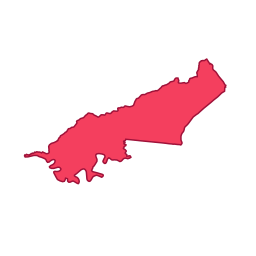 The Hills, New South Wales, Australia (Equal Earth projection), rotated 249°
{"feature_id": "25037944B61801605957585", "entity_name": "The Hills", "entity_type": "district", "adm_level": 2, "iso_a3": "AUS", "parent_name": "Australia", "parent_adm1": "New South Wales", "projection": "equal_earth", "projection_center": [150.977, -33.576], "detail": "fine", "context": "isolated", "style": "filled", "palette": "rose", "viewbox_px": 256, "rotation_deg": 249, "n_neighbors": 0, "source": "geoboundaries", "source_scale": "gbopen_adm2", "svg_char_len": 5806}
<svg xmlns="http://www.w3.org/2000/svg" viewBox="0 0 256 256"><g transform="rotate(249 128 128)"><path d="M127.7,231.3L131.4,233.0L131.2,233.8L132.3,234.1L132.8,234.6L133.5,234.0L137.1,233.5L143.8,231.2L148.5,230.2L149.6,229.7L151.3,228.7L152.0,228.4L152.8,228.4L153.5,228.5L155.5,229.4L156.1,229.4L156.7,229.3L157.4,229.0L158.3,228.1L158.5,228.1L158.4,227.4L164.1,226.2L164.0,225.1L163.6,223.8L163.6,223.5L163.7,223.0L164.2,222.1L164.3,221.1L164.5,220.5L164.2,219.9L163.9,218.8L163.7,218.4L163.3,217.9L163.0,217.7L161.7,217.2L160.7,216.4L159.3,216.0L158.7,215.3L158.5,215.2L157.6,215.1L155.9,213.0L155.2,212.2L154.5,211.9L153.8,212.0L151.1,211.1L151.6,209.8L151.8,208.9L151.8,207.1L151.7,206.0L152.0,204.1L152.0,203.8L151.8,203.3L150.9,202.6L150.3,201.7L149.2,201.2L149.0,200.7L148.9,200.1L148.8,198.5L148.9,198.1L149.1,197.7L149.9,197.2L150.2,196.9L150.9,193.3L151.6,192.0L152.0,191.4L152.3,191.3L152.7,191.4L153.1,191.7L153.8,192.3L154.1,192.4L156.6,192.5L156.6,192.4L157.0,192.0L157.3,191.2L157.4,190.5L157.3,190.1L156.9,189.3L156.4,188.7L155.7,188.1L155.5,187.8L155.5,186.3L155.8,184.9L155.8,183.8L155.1,182.4L154.6,179.7L154.6,179.1L154.8,178.1L154.7,176.7L154.9,175.2L154.6,174.5L153.8,173.2L153.3,171.7L152.7,170.5L152.3,168.7L152.4,168.3L152.9,167.4L153.0,165.8L153.4,164.1L153.4,163.0L153.3,161.0L153.6,158.8L153.6,158.3L153.2,155.9L153.3,155.3L153.8,154.2L154.0,153.1L154.0,152.3L152.2,148.7L152.1,148.2L152.3,147.0L152.1,146.2L150.3,144.0L147.3,141.4L147.1,140.8L146.9,139.6L147.2,137.1L148.5,134.9L149.3,133.8L149.6,133.2L149.6,132.9L149.5,132.5L149.0,131.7L148.9,131.1L149.1,130.6L149.8,129.2L149.8,128.8L149.7,128.0L149.7,127.6L150.2,126.2L150.2,125.9L150.0,125.5L149.6,125.3L148.1,125.1L147.8,124.8L147.6,124.3L147.7,123.5L148.9,121.1L149.1,120.7L148.7,118.9L147.9,117.3L147.8,116.9L147.9,116.5L148.3,115.6L149.5,113.9L149.7,113.3L149.6,112.9L148.5,111.2L148.4,110.9L148.6,110.4L149.2,109.6L149.9,107.7L149.8,107.3L149.1,105.6L148.8,104.6L148.8,104.3L149.0,103.9L149.3,103.6L151.1,102.2L151.9,101.2L153.5,100.4L154.2,99.8L154.8,98.5L155.8,97.1L156.1,96.5L156.1,96.2L156.0,95.6L155.4,94.6L155.0,92.9L153.8,90.7L153.6,90.3L153.6,89.6L153.8,87.0L153.0,84.7L153.0,84.2L153.1,83.4L152.9,82.8L152.7,82.5L152.4,82.3L151.2,82.2L150.8,81.9L150.0,80.6L148.5,78.1L148.4,77.7L148.4,77.1L148.7,76.1L148.8,75.6L148.8,75.2L148.4,74.4L148.3,74.1L148.3,73.7L148.6,72.7L148.6,72.1L148.4,71.7L148.0,71.4L147.7,70.7L146.9,69.9L146.4,68.8L146.4,68.5L146.5,68.0L145.9,66.9L145.5,65.6L145.2,64.1L144.9,62.2L143.9,61.2L143.5,60.1L142.1,58.5L141.5,58.1L141.4,57.9L141.5,57.5L141.3,57.4L141.3,57.0L141.1,56.2L140.9,53.6L141.1,50.9L140.4,48.6L139.8,48.0L139.5,47.6L139.3,47.4L138.0,47.0L136.4,46.6L134.9,45.9L134.1,46.0L133.8,45.9L133.2,45.3L133.0,44.8L132.9,43.9L133.3,42.5L133.5,42.2L134.6,41.3L135.4,40.4L136.2,39.8L136.2,39.5L135.8,38.7L135.8,38.3L136.5,37.7L137.4,36.5L137.5,36.3L137.6,35.6L138.2,34.8L138.5,34.2L138.5,33.9L138.3,33.0L138.4,32.7L138.8,32.4L138.9,32.1L138.5,31.5L138.2,30.6L138.3,30.4L138.8,29.8L138.7,29.2L138.4,28.9L138.8,28.4L138.4,27.5L138.4,26.5L138.2,26.5L137.8,26.7L138.4,25.9L138.3,25.7L138.5,25.4L139.8,23.7L139.3,22.6L139.8,22.1L139.1,21.4L137.8,21.6L136.9,24.3L136.1,30.3L134.9,33.3L133.1,34.8L131.6,36.8L129.9,38.6L128.5,39.8L127.4,40.1L126.1,40.1L124.8,40.6L124.5,42.2L125.0,43.5L125.4,45.1L125.4,46.8L124.7,48.0L123.8,48.3L122.6,47.7L121.5,46.6L120.8,44.8L120.6,42.1L119.9,40.7L118.9,40.8L117.7,42.1L116.9,44.2L116.5,48.5L115.9,49.8L115.0,50.4L113.9,50.7L113.2,50.3L112.5,48.9L112.5,47.2L113.1,45.5L113.8,44.2L113.7,43.1L112.8,42.7L108.3,43.2L105.2,43.7L103.0,45.6L101.3,47.8L101.1,49.5L102.1,50.7L103.5,51.7L103.0,52.5L102.3,53.3L101.1,53.0L100.1,52.6L98.7,53.2L98.2,54.4L98.3,57.1L97.9,58.1L94.5,60.8L93.9,61.6L94.3,62.4L95.3,63.2L96.5,63.5L97.6,63.6L99.0,63.3L100.4,62.6L101.3,61.6L102.4,60.9L103.1,61.1L103.5,62.1L103.7,63.3L105.1,67.1L105.8,69.2L105.9,70.7L105.7,72.0L105.0,72.8L103.8,73.3L102.2,73.4L100.6,73.0L95.5,71.5L94.3,71.3L92.9,71.8L92.1,72.6L92.0,73.6L92.7,74.9L94.6,77.2L95.1,78.2L95.3,79.8L95.2,81.7L94.3,82.9L91.5,85.8L91.6,86.5L91.8,87.1L92.3,87.7L92.9,88.0L93.5,87.8L94.3,87.0L95.6,85.2L96.8,83.7L99.8,79.5L100.5,79.1L101.2,78.8L102.3,79.7L103.0,80.5L103.7,81.0L104.2,81.3L104.6,82.4L105.6,83.9L108.0,87.0L108.8,87.4L109.9,87.8L112.6,87.8L114.1,88.1L114.7,88.7L115.0,89.6L114.6,91.6L113.8,93.1L113.0,94.5L111.6,96.1L110.6,96.4L109.7,96.3L108.9,95.9L108.2,94.9L106.0,92.7L105.1,92.6L103.6,93.2L103.2,93.7L103.1,94.4L103.6,95.3L104.5,96.2L106.1,97.5L106.6,98.2L107.0,99.2L106.5,100.0L104.7,101.0L104.0,101.5L103.5,102.5L103.3,103.6L102.1,106.1L100.6,107.6L99.8,108.1L99.5,108.9L99.5,109.7L99.9,110.8L100.6,112.1L101.0,113.2L100.9,114.2L100.6,115.2L99.4,116.8L99.3,118.8L99.6,120.2L100.5,120.2L101.3,119.9L101.6,119.1L101.9,117.4L102.2,116.8L103.2,117.2L103.6,117.3L103.8,117.2L104.9,116.5L105.3,116.4L105.7,116.5L106.1,116.9L106.8,117.9L107.1,118.1L107.5,118.1L108.9,117.5L110.1,116.6L110.5,116.4L110.9,116.6L111.5,117.5L112.1,117.8L112.2,118.4L112.3,119.5L112.7,119.9L113.0,120.1L114.1,118.9L114.5,118.6L115.0,118.6L115.2,118.8L115.3,119.0L115.2,119.7L115.4,119.9L115.7,120.1L115.9,120.1L116.1,120.0L116.3,119.3L116.4,119.1L117.0,119.1L117.3,119.5L117.4,120.1L117.4,120.9L117.4,121.2L117.7,121.5L118.3,121.9L113.0,132.4L111.7,134.9L102.4,153.5L100.3,157.6L98.6,160.7L97.3,163.4L96.7,164.3L96.4,165.4L94.8,168.4L94.7,168.7L93.5,171.2L93.3,171.3L93.9,172.4L94.5,173.0L95.3,173.2L97.3,173.1L97.9,173.2L100.4,174.1L101.7,174.7L103.4,176.2L103.9,176.9L104.7,178.3L105.2,178.9L106.3,179.8L107.8,180.7L108.6,181.6L109.6,184.1L110.4,185.7L114.4,192.0L115.0,193.0L116.1,196.8L116.4,198.4L116.6,199.0L117.2,200.4L119.2,205.6L122.1,214.4L123.4,217.9L124.9,222.8L125.6,224.5L127.1,227.9L127.5,230.0L127.7,231.3Z" fill="#f43f5e" stroke="#9f1239" stroke-width="1.5"/></g></svg>